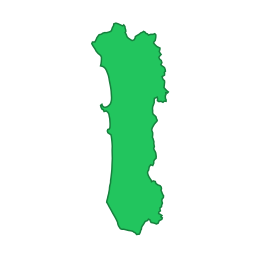 Bertioga, São Paulo, Brazil (Robinson projection), rotated 109°
{"feature_id": "56859067B23167317644380", "entity_name": "Bertioga", "entity_type": "district", "adm_level": 2, "iso_a3": "BRA", "parent_name": "Brazil", "parent_adm1": "São Paulo", "projection": "robinson", "projection_center": [-46.037, -23.766], "detail": "fine", "context": "isolated", "style": "filled", "palette": "green", "viewbox_px": 256, "rotation_deg": 109, "n_neighbors": 0, "source": "geoboundaries", "source_scale": "gbopen_adm2", "svg_char_len": 3649}
<svg xmlns="http://www.w3.org/2000/svg" viewBox="0 0 256 256"><g transform="rotate(109 128 128)"><path d="M225.9,85.2L224.6,82.7L222.4,82.5L220.8,82.7L219.4,82.4L217.6,82.8L216.1,82.6L214.0,82.0L212.4,81.7L210.7,81.3L209.1,79.4L207.5,79.0L207.7,77.4L208.7,76.6L209.8,75.4L209.6,73.9L209.4,72.1L209.5,69.9L208.2,68.5L205.8,68.4L204.5,67.4L203.4,66.3L201.8,66.3L201.3,68.0L199.7,67.4L199.2,69.2L198.9,71.2L197.4,71.5L195.8,70.4L194.5,71.3L193.0,71.7L191.5,70.7L190.0,71.1L187.8,71.0L185.8,72.4L183.9,72.6L182.3,71.9L180.5,72.3L179.6,73.5L177.5,75.3L176.0,76.6L174.7,76.5L173.1,77.3L172.1,78.9L172.1,81.1L171.4,83.5L169.7,84.8L169.8,86.9L171.1,88.3L169.8,89.1L168.6,90.8L167.4,92.2L166.3,93.3L165.1,94.3L163.8,95.0L162.5,95.2L161.1,94.8L159.3,95.1L157.9,95.3L155.4,94.6L155.4,92.4L153.0,92.2L150.7,92.9L148.9,92.4L147.6,91.6L145.9,92.0L144.0,92.9L142.5,93.7L141.5,94.6L140.1,96.2L138.8,97.1L137.0,97.0L135.7,97.8L134.2,98.6L132.6,99.0L131.2,100.0L130.0,100.8L128.9,101.9L126.5,102.4L124.5,103.1L122.6,104.7L121.2,105.1L119.5,105.1L117.5,104.7L115.9,104.4L113.8,103.6L112.3,102.9L111.1,102.9L110.0,104.1L108.3,105.2L107.4,107.1L106.8,108.7L105.3,109.8L103.6,110.3L101.9,111.1L99.9,111.6L97.4,111.5L95.5,111.5L93.5,112.2L91.4,112.7L90.4,111.5L89.3,110.5L90.6,109.5L92.6,109.1L93.0,107.4L92.0,105.4L92.3,103.3L90.8,102.5L90.4,100.7L89.0,101.1L87.8,102.3L85.4,103.2L83.7,103.0L82.3,103.8L82.1,102.1L80.8,101.6L80.1,103.5L79.1,105.4L78.0,107.2L76.2,107.5L74.5,107.9L72.7,108.3L71.4,108.9L70.7,110.6L69.5,111.7L68.3,112.5L67.2,111.6L66.1,110.7L64.7,111.1L63.5,111.8L62.2,111.1L60.9,111.7L59.3,112.9L58.6,114.2L58.2,116.0L57.4,117.6L55.2,117.2L53.3,118.6L52.7,120.4L51.1,121.9L49.4,121.4L47.7,120.6L46.7,122.1L45.5,123.4L43.5,123.4L42.0,123.8L41.8,125.5L41.5,127.4L40.5,129.5L39.4,131.4L37.9,131.5L36.4,130.8L34.8,131.0L33.0,131.3L30.9,132.0L30.1,133.4L31.3,134.8L32.1,137.1L33.5,138.9L32.7,140.2L32.7,141.8L31.8,143.2L31.6,144.8L32.8,145.5L33.8,146.8L35.5,147.8L37.6,149.6L39.1,150.8L41.1,150.6L42.9,151.1L44.0,152.6L43.5,155.0L42.9,157.1L42.0,158.7L40.3,160.0L38.6,161.8L37.4,161.5L35.9,162.2L34.6,163.2L33.0,164.0L31.9,165.6L33.1,166.2L33.1,167.6L32.9,169.4L32.7,171.5L32.8,173.6L34.1,175.3L36.1,175.0L38.1,175.4L39.7,175.4L41.5,175.4L42.9,176.5L44.0,178.0L44.9,179.4L45.4,181.1L46.6,182.8L48.0,183.7L49.2,185.7L50.7,186.2L52.7,186.8L54.7,186.9L57.4,187.3L58.3,189.6L60.1,189.7L61.8,187.8L64.0,184.9L65.7,183.1L67.2,180.6L68.3,177.6L69.6,176.2L71.9,175.4L74.2,174.8L76.0,174.4L78.2,174.2L78.0,172.1L78.3,170.6L79.1,168.8L80.6,167.1L82.0,165.9L83.2,164.9L84.4,163.9L85.6,163.1L86.9,162.3L88.4,161.5L90.2,160.5L92.1,159.4L94.0,158.3L95.3,157.6L97.0,156.7L98.9,155.8L101.1,154.9L103.0,154.1L104.7,153.4L107.1,152.7L109.4,152.5L111.0,152.6L112.7,153.3L114.5,154.4L115.6,155.8L116.2,157.6L115.3,159.5L114.1,160.4L115.5,161.3L117.1,160.3L118.6,158.8L118.8,157.3L120.2,156.0L119.0,154.1L119.8,152.0L121.1,150.6L122.7,149.7L125.3,148.2L127.2,147.4L129.8,146.3L132.0,145.6L133.6,145.2L135.0,145.3L136.0,146.6L137.5,146.6L139.0,145.5L139.5,143.7L139.9,142.0L141.2,141.1L142.4,140.5L144.0,139.7L145.7,138.9L148.5,137.7L150.5,136.9L154.1,135.8L157.1,134.7L161.9,132.9L168.0,131.1L172.2,129.8L175.5,129.0L181.0,127.8L183.1,127.4L184.7,126.9L186.1,126.6L187.9,126.5L189.8,126.2L192.5,125.5L194.7,125.2L196.5,124.9L199.2,124.7L201.5,124.4L203.4,124.3L205.1,124.0L206.2,122.6L208.5,120.2L211.6,116.7L213.5,114.7L214.7,113.3L216.9,110.8L218.5,109.1L220.5,107.2L222.0,106.4L223.5,105.2L224.5,104.0L225.7,102.4L225.7,100.7L225.1,99.1L224.9,96.8L224.7,94.2L224.2,91.6L224.1,89.8L224.6,88.3L224.8,86.8L225.9,85.2Z" fill="#22c55e" stroke="#15803d" stroke-width="1.5"/></g></svg>